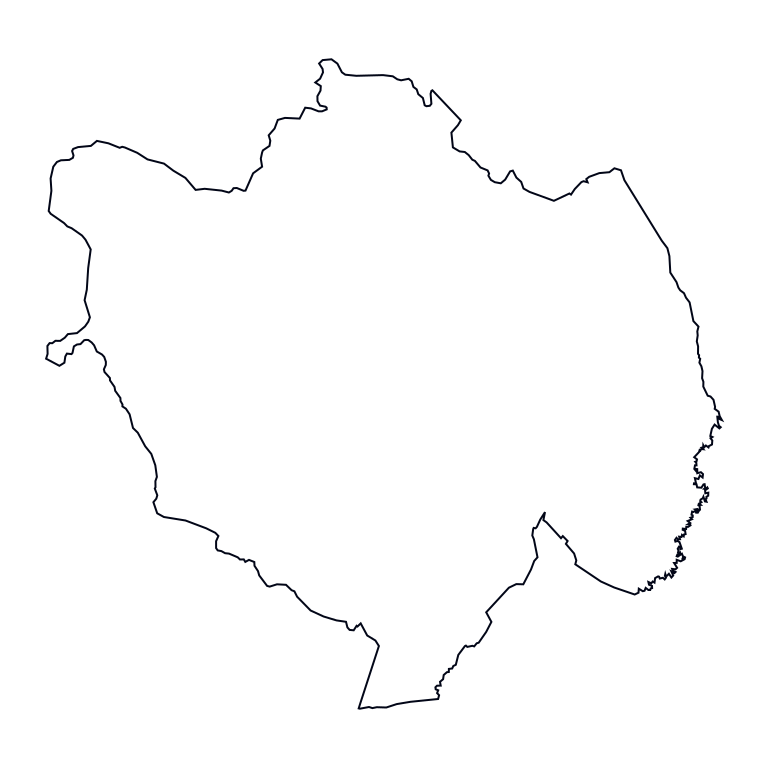 Facatativá, Cundinamarca, Colombia (Robinson projection)
{"feature_id": "7082276B42545892213611", "entity_name": "Facatativá", "entity_type": "district", "adm_level": 2, "iso_a3": "COL", "parent_name": "Colombia", "parent_adm1": "Cundinamarca", "projection": "robinson", "projection_center": [-74.291, 4.831], "detail": "fine", "context": "isolated", "style": "outline", "palette": "ink", "viewbox_px": 768, "rotation_deg": 0, "n_neighbors": 0, "source": "geoboundaries", "source_scale": "gbopen_adm2", "svg_char_len": 6047}
<svg xmlns="http://www.w3.org/2000/svg" viewBox="0 0 768 768"><path d="M315.3,82.5L320.8,86.1L320.5,90.6L317.4,96.2L317.5,101.2L320.1,105.6L325.5,106.7L326.6,107.6L326.7,109.4L322.1,111.3L318.5,111.3L311.0,108.4L305.2,107.7L299.6,118.6L285.0,117.9L277.8,119.9L274.6,128.5L268.7,135.3L270.3,140.7L269.5,145.9L262.9,150.4L262.1,152.5L260.8,158.7L262.1,166.7L253.1,173.3L245.5,190.6L243.6,190.8L236.8,188.0L233.5,188.2L231.7,190.8L228.9,192.5L221.6,190.6L204.7,188.8L195.6,189.9L185.4,177.9L173.4,170.7L164.0,163.6L147.5,159.4L137.2,152.8L124.9,147.5L122.2,146.8L119.7,147.8L108.4,143.3L96.9,140.9L90.9,145.9L78.0,147.1L73.2,148.9L72.1,151.0L73.5,155.4L72.9,157.8L69.3,159.9L60.9,160.3L56.9,162.0L53.3,166.7L50.6,178.5L51.4,190.8L48.7,211.0L50.7,213.8L64.1,223.1L67.3,226.4L71.6,228.2L82.0,235.5L85.5,239.7L90.7,249.4L88.2,268.0L86.8,289.7L84.6,300.2L89.9,317.3L88.3,321.7L85.0,326.4L77.0,333.1L67.9,334.1L64.8,337.7L60.2,340.9L55.4,340.8L52.3,343.2L49.6,343.1L47.4,346.0L47.6,353.9L46.1,358.7L59.4,365.8L64.4,362.7L65.3,356.5L66.9,353.6L71.5,354.1L72.5,352.9L73.9,346.4L77.0,344.5L80.5,344.1L84.2,340.2L86.0,339.9L88.3,340.0L91.7,342.5L94.1,345.3L96.8,351.5L102.0,354.5L104.2,356.9L105.9,361.8L105.8,365.0L103.9,369.3L104.5,372.0L109.9,378.0L110.0,380.4L114.5,386.9L115.2,390.8L120.4,398.0L120.5,400.9L122.5,404.5L122.4,406.4L125.9,408.7L129.6,414.3L133.0,428.0L137.8,432.7L145.2,446.3L151.3,453.9L155.3,465.3L156.9,476.9L155.4,481.1L155.5,487.3L154.8,488.5L157.3,495.3L156.3,498.7L153.4,502.2L157.2,513.3L163.9,517.0L185.5,520.5L206.2,528.3L215.3,532.8L218.4,536.0L216.1,541.2L216.1,548.1L217.7,550.4L221.4,551.1L225.1,553.2L229.0,553.6L237.7,557.3L240.0,559.5L243.8,559.4L245.3,561.9L249.0,559.9L254.3,562.0L254.5,565.8L258.0,571.1L259.2,575.4L267.1,585.9L269.7,586.6L277.0,584.3L286.0,584.8L291.6,590.2L294.4,591.3L297.1,596.7L310.6,610.5L323.6,616.5L336.5,620.4L346.0,621.8L347.4,627.4L349.6,629.9L353.7,630.3L356.6,625.8L357.5,626.5L360.7,623.4L367.2,635.5L375.4,640.5L378.9,646.0L360.3,703.3L358.7,708.4L359.9,708.7L369.0,707.0L372.4,708.1L376.8,707.2L386.3,707.5L396.7,704.1L410.5,701.8L438.1,699.0L439.1,695.2L437.1,693.1L438.2,690.3L435.7,689.3L435.4,687.3L437.0,685.7L440.7,685.6L440.0,681.8L443.1,679.2L443.7,675.0L446.9,672.2L448.8,672.0L448.9,668.9L452.2,668.5L453.3,666.0L455.8,664.8L458.3,654.9L464.9,646.1L465.9,645.6L467.3,646.9L472.4,645.8L474.2,646.4L476.7,643.3L478.7,642.7L486.2,631.9L491.4,621.9L486.2,612.3L508.9,587.7L516.3,584.1L523.3,584.3L531.0,569.5L534.2,561.0L537.5,557.3L533.9,539.3L532.3,535.5L533.2,529.0L533.7,527.9L535.6,528.3L536.9,526.9L540.3,519.5L545.0,512.1L543.4,520.1L546.6,522.4L561.0,538.2L562.8,536.1L567.6,541.0L565.9,543.9L574.1,553.5L576.3,560.4L575.3,564.3L600.9,581.5L614.2,587.5L634.7,594.5L638.5,592.7L638.8,588.7L642.8,591.2L644.5,590.8L645.7,587.9L648.4,590.0L650.2,590.0L650.7,588.4L652.1,588.1L652.0,585.9L649.0,584.7L648.4,582.0L651.3,583.3L652.7,581.5L654.5,582.6L655.1,578.1L658.1,576.4L659.1,576.7L659.8,578.5L662.9,577.8L664.7,579.4L666.0,577.6L664.9,575.8L665.3,574.0L665.8,575.7L667.0,575.8L668.9,573.8L671.4,577.5L673.2,575.5L671.4,571.5L674.4,573.1L675.5,572.0L672.7,570.7L672.1,568.9L675.5,569.3L677.1,567.8L674.1,563.0L676.7,562.9L676.7,559.8L680.7,561.3L684.6,559.2L685.1,557.4L684.3,557.0L683.8,558.4L682.6,558.4L683.2,556.9L681.9,553.7L677.8,556.6L676.7,556.2L677.4,554.5L680.2,553.3L680.0,552.4L679.0,553.4L678.0,552.5L678.5,550.7L677.7,548.8L679.0,546.6L680.1,547.0L680.3,549.1L681.8,548.7L679.5,542.1L677.5,540.9L675.4,541.6L674.9,540.0L676.5,537.8L677.8,539.3L680.0,539.2L679.2,536.7L681.5,537.0L682.0,534.9L683.7,536.3L684.0,534.5L685.6,534.1L685.1,530.9L682.7,529.8L682.8,528.6L686.1,529.0L686.3,526.7L688.0,526.9L690.5,525.3L690.1,524.4L688.2,524.2L690.2,523.0L687.7,521.0L692.0,519.2L690.5,517.7L692.7,517.0L692.7,515.4L691.5,514.7L692.1,511.6L693.4,512.0L695.5,510.8L696.1,512.7L697.8,512.7L698.5,511.4L695.2,509.4L697.5,509.0L699.2,510.5L700.0,509.7L699.6,505.9L697.7,505.0L700.7,504.9L699.2,503.5L701.4,502.2L700.2,501.1L700.6,499.6L702.7,498.3L703.4,496.7L704.9,501.4L706.5,501.7L705.5,499.2L706.5,498.5L706.4,496.9L708.2,495.7L708.3,492.7L705.3,493.3L705.1,490.3L707.8,488.4L707.3,487.4L705.6,489.1L704.2,488.8L705.2,488.0L704.6,484.2L703.5,484.4L701.4,487.7L697.2,487.4L696.5,484.3L693.9,484.2L694.0,483.3L696.0,483.3L694.9,478.2L698.4,479.0L699.9,475.4L702.6,477.5L703.0,474.1L700.9,472.2L697.3,473.2L697.2,469.1L696.1,469.0L695.8,470.7L694.3,468.9L695.0,465.3L696.5,465.3L696.3,462.9L695.3,461.8L696.5,461.4L697.0,459.4L694.2,457.2L699.0,452.1L699.6,450.1L700.3,450.7L701.2,449.0L703.1,449.2L701.6,447.7L703.2,447.3L703.3,445.3L704.3,447.2L705.9,445.5L708.5,447.4L708.9,446.1L712.0,444.5L712.3,440.5L710.5,438.2L712.4,437.0L710.3,436.0L711.9,428.8L714.6,424.6L719.4,428.4L720.7,427.2L719.0,425.8L717.9,422.4L717.3,416.7L718.8,416.7L719.5,419.0L721.9,420.1L719.7,416.2L718.6,411.7L714.7,408.8L715.1,406.9L713.5,399.8L710.5,396.5L707.7,395.7L703.3,386.6L703.4,381.8L702.1,378.2L702.5,371.1L701.4,366.3L699.4,362.7L700.2,358.8L698.9,357.6L699.1,355.2L698.0,353.8L698.1,346.4L696.8,341.4L697.7,335.4L697.3,331.4L698.5,326.6L693.4,321.1L689.6,302.4L686.0,297.7L684.0,293.2L680.2,290.3L678.4,287.6L676.5,282.1L670.3,272.6L669.4,256.1L667.4,248.2L661.7,240.6L624.4,180.2L621.0,170.3L614.4,168.3L609.4,172.2L599.3,173.1L589.2,176.8L586.3,179.1L587.6,182.3L583.6,181.2L581.4,182.1L574.8,189.0L571.0,194.6L569.4,193.5L553.9,200.8L529.5,191.9L523.5,188.5L521.2,181.9L516.4,177.6L512.8,170.6L510.1,171.4L505.2,179.6L500.8,183.3L494.8,182.2L490.9,179.9L488.4,175.7L489.1,173.5L487.6,170.4L480.5,167.5L474.9,160.9L472.3,159.7L468.7,155.1L464.8,152.0L459.6,151.4L452.9,147.4L451.4,132.6L457.9,125.2L460.8,120.3L432.4,90.3L431.4,90.9L430.6,93.8L431.4,103.8L429.8,105.8L426.4,106.2L424.7,105.3L422.9,98.0L418.3,94.2L416.7,89.4L413.4,86.9L411.7,81.3L408.7,78.8L401.1,80.3L397.3,79.3L392.8,76.3L383.0,75.1L356.3,75.8L345.3,74.7L341.9,72.3L337.4,63.6L331.5,59.3L322.6,60.1L319.1,63.5L322.6,69.0L323.0,72.4L320.1,78.7L315.3,82.5Z" fill="none" stroke="#020617" stroke-width="2"/></svg>